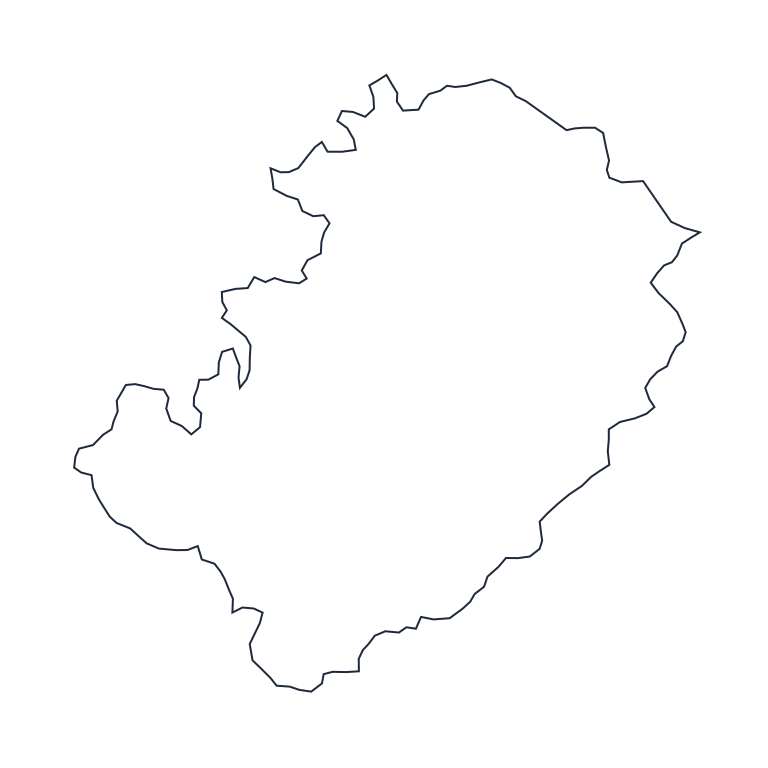 the district of Tomar do Geru, Sergipe, Brazil, rotated 95°
{"feature_id": "56859067B43639455387772", "entity_name": "Tomar do Geru", "entity_type": "district", "adm_level": 2, "iso_a3": "BRA", "parent_name": "Brazil", "parent_adm1": "Sergipe", "projection": "albers", "projection_center": [-37.876, -11.378], "detail": "fine", "context": "isolated", "style": "outline", "palette": "slate", "viewbox_px": 768, "rotation_deg": 95, "n_neighbors": 0, "source": "geoboundaries", "source_scale": "gbopen_adm2", "svg_char_len": 2754}
<svg xmlns="http://www.w3.org/2000/svg" viewBox="0 0 768 768"><g transform="rotate(95 384 384)"><path d="M693.9,464.7L693.7,451.5L696.1,441.6L696.8,429.7L687.7,419.7L678.3,418.8L675.2,410.1L674.3,396.7L672.4,384.0L660.0,385.2L651.1,382.0L644.0,376.5L635.5,371.2L630.2,361.1L630.3,347.5L624.4,340.5L625.0,330.9L612.8,326.8L614.2,314.1L611.6,298.2L600.9,286.0L593.3,279.1L585.3,275.4L577.3,266.7L566.8,264.1L556.4,254.2L546.7,247.3L545.8,235.5L543.2,223.8L534.7,214.6L526.2,212.8L517.7,214.8L507.5,216.9L499.0,210.2L487.9,200.1L477.7,189.7L468.3,178.0L458.6,169.7L451.9,161.6L444.9,152.5L431.4,155.2L419.8,155.2L409.6,156.1L401.3,145.7L396.4,131.2L390.7,119.8L383.4,112.6L376.0,118.4L365.2,123.4L356.2,119.3L347.9,112.6L341.6,103.6L330.9,100.4L321.2,96.2L315.3,90.0L306.1,88.0L298.5,91.7L286.9,98.1L278.9,106.8L269.5,118.4L259.8,127.1L250.0,121.6L241.5,115.4L237.5,107.7L230.4,103.1L218.1,99.4L211.0,90.3L205.4,82.6L202.5,97.8L197.4,112.1L159.3,143.6L162.4,164.8L158.8,177.5L151.2,180.7L141.8,179.3L129.5,183.3L114.8,187.6L110.3,196.1L111.3,207.4L112.7,216.0L115.2,224.3L89.9,267.3L85.9,277.7L77.9,284.6L73.9,294.0L71.2,303.2L74.8,314.0L79.7,327.7L81.9,338.9L81.4,347.2L86.9,353.5L91.3,364.5L98.0,369.3L107.7,373.5L110.0,388.9L101.5,395.8L93.0,396.1L85.6,401.6L75.9,408.5L82.5,417.0L87.8,424.6L98.9,419.6L110.5,417.9L119.4,426.0L115.7,438.7L115.7,449.7L126.0,453.4L132.2,443.0L142.9,435.5L153.2,432.5L156.3,446.0L157.5,460.5L148.3,467.0L154.0,473.4L163.0,479.5L176.4,488.2L181.2,497.2L182.1,505.5L179.0,515.8L189.2,513.1L199.4,511.0L205.1,497.2L207.7,485.9L218.8,480.4L223.0,469.1L221.1,458.7L228.7,452.3L238.4,456.9L247.8,458.7L259.4,458.3L267.3,471.0L278.1,475.8L285.7,470.2L291.1,477.4L290.6,491.0L288.0,502.3L292.8,511.0L288.8,522.6L300.3,528.1L302.2,540.3L306.5,553.6L316.4,552.2L324.3,547.0L332.3,551.3L337.7,542.1L343.4,534.0L349.1,525.8L357.3,520.3L368.9,520.0L382.0,519.1L391.0,521.2L400.4,527.2L390.2,529.5L378.9,529.4L370.9,533.4L361.8,537.7L366.1,548.1L376.8,550.4L388.8,549.9L395.0,559.4L395.9,568.4L404.7,569.5L413.7,572.1L422.2,571.6L429.1,563.5L443.0,563.5L451.0,571.6L443.5,581.7L439.4,593.3L427.4,598.8L416.8,597.4L408.9,602.9L408.9,613.3L407.0,622.9L405.8,631.9L407.5,641.1L415.5,644.8L423.9,648.8L434.5,646.9L444.7,650.1L452.9,651.5L458.9,659.3L470.2,668.6L475.0,682.2L483.5,685.1L494.3,685.4L498.6,677.8L500.3,667.4L512.8,664.6L523.9,657.9L533.6,650.6L540.0,645.7L545.7,638.4L550.0,624.3L557.7,614.2L563.4,606.6L567.6,593.9L567.6,584.9L567.6,576.2L566.5,565.3L561.7,555.4L574.7,550.2L577.8,537.2L585.2,530.4L592.5,525.5L602.7,520.4L611.1,515.8L624.9,515.1L619.0,505.5L619.0,494.2L622.3,485.0L632.9,486.8L642.6,490.5L654.7,495.1L670.7,490.9L679.5,480.1L686.8,471.4L693.9,464.7Z" fill="none" stroke="#1e293b" stroke-width="2"/></g></svg>